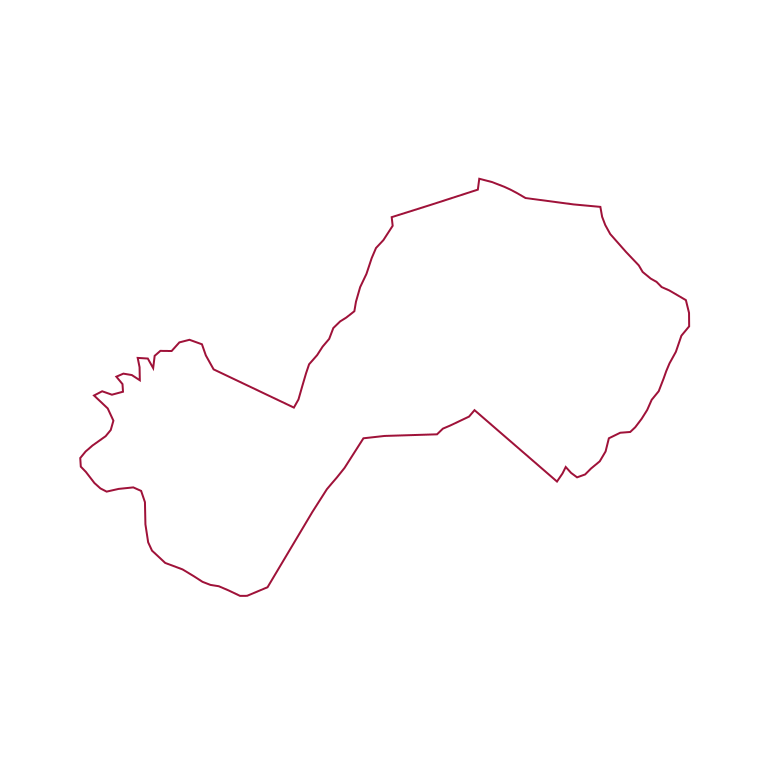 outline of São Tomé, Paraná, Brazil, rotated 171°
{"feature_id": "56859067B35955710865711", "entity_name": "São Tomé", "entity_type": "district", "adm_level": 2, "iso_a3": "BRA", "parent_name": "Brazil", "parent_adm1": "Paraná", "projection": "natural_earth1", "projection_center": [-52.521, -23.524], "detail": "fine", "context": "isolated", "style": "outline", "palette": "rose", "viewbox_px": 768, "rotation_deg": 171, "n_neighbors": 0, "source": "geoboundaries", "source_scale": "gbopen_adm2", "svg_char_len": 1693}
<svg xmlns="http://www.w3.org/2000/svg" viewBox="0 0 768 768"><g transform="rotate(171 384 384)"><path d="M557.6,451.7L569.2,458.1L579.6,457.1L588.6,449.8L599.7,451.7L606.1,447.7L609.5,435.8L613.3,446.1L623.2,448.3L622.8,438.8L624.6,425.9L631.7,432.3L639.8,435.0L647.2,433.1L642.3,424.8L643.0,417.2L654.4,416.0L663.5,420.9L672.2,418.0L660.7,403.1L657.0,390.1L661.1,381.3L667.1,376.0L681.6,368.8L689.3,364.0L695.6,358.4L696.4,349.8L692.2,343.8L685.5,331.5L680.4,325.2L674.8,321.1L662.5,321.9L647.8,321.1L640.6,316.4L638.6,304.7L641.6,282.7L641.7,264.5L639.2,255.7L628.1,241.5L612.0,232.4L601.9,223.9L594.2,217.0L586.8,212.7L578.8,210.1L569.9,204.5L559.4,197.3L552.4,196.2L530.8,201.5L474.7,268.9L456.9,289.0L451.7,293.5L445.1,299.1L436.1,307.3L412.8,333.6L391.5,332.6L339.5,326.0L332.8,330.7L325.2,332.6L305.1,338.5L298.7,344.0L228.4,260.6L221.7,267.7L217.5,273.6L213.1,266.9L207.9,261.6L199.5,263.2L192.8,268.1L183.0,273.9L175.7,282.7L170.4,295.2L158.3,298.9L148.3,298.1L142.6,302.0L135.0,309.3L128.1,317.2L122.1,326.5L113.8,333.9L107.0,345.6L103.2,352.6L98.8,359.7L90.7,370.1L82.7,385.2L73.6,393.2L71.6,406.5L72.7,419.6L87.6,431.8L94.6,436.3L98.8,442.2L104.1,446.4L111.0,454.2L113.8,461.3L124.2,476.4L137.1,496.7L140.6,506.4L142.4,515.0L142.6,525.1L168.6,531.7L215.1,545.5L222.7,551.7L228.7,556.2L234.4,560.0L245.8,566.6L257.8,571.8L260.9,561.3L310.6,553.5L350.3,547.6L350.7,538.9L362.1,526.2L370.6,519.6L376.5,510.2L384.1,495.5L392.4,483.4L398.8,469.7L401.9,460.5L410.9,455.5L417.5,452.7L425.3,447.2L431.1,437.1L438.8,430.5L445.5,423.0L454.9,415.2L459.3,406.8L465.0,394.8L470.9,382.1L476.7,374.8L550.0,425.1L555.5,440.1L557.6,451.7Z" fill="none" stroke="#9f1239" stroke-width="2"/></g></svg>